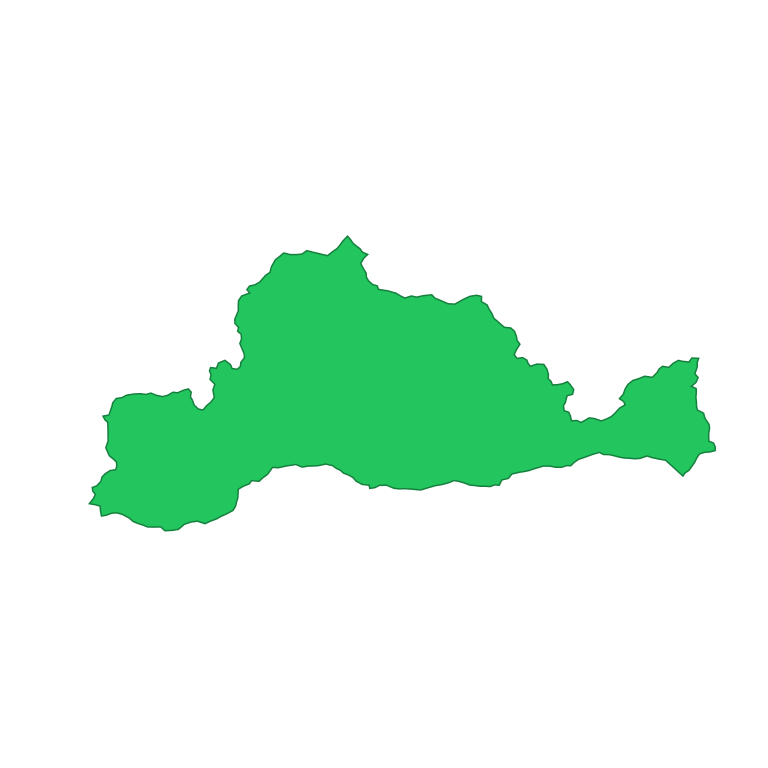 outline of Monte Castelo, Santa Catarina, Brazil, rotated 78°
{"feature_id": "56859067B21045936175667", "entity_name": "Monte Castelo", "entity_type": "district", "adm_level": 2, "iso_a3": "BRA", "parent_name": "Brazil", "parent_adm1": "Santa Catarina", "projection": "equal_earth", "projection_center": [-50.286, -26.651], "detail": "fine", "context": "isolated", "style": "filled", "palette": "green", "viewbox_px": 768, "rotation_deg": 78, "n_neighbors": 0, "source": "geoboundaries", "source_scale": "gbopen_adm2", "svg_char_len": 4359}
<svg xmlns="http://www.w3.org/2000/svg" viewBox="0 0 768 768"><g transform="rotate(78 384 384)"><path d="M263.2,498.5L267.1,496.4L268.3,504.8L272.0,508.9L276.4,510.1L282.2,511.3L289.5,516.4L293.8,517.2L298.5,514.5L302.0,516.2L305.6,513.4L310.3,514.0L314.4,516.6L322.1,515.1L325.5,514.5L329.2,515.0L333.1,519.5L337.0,520.9L339.1,524.4L337.3,529.4L333.1,530.1L327.8,534.7L329.1,541.6L333.8,544.6L331.9,550.2L334.9,552.0L338.9,551.2L343.4,553.2L349.0,549.5L354.3,552.6L362.0,552.8L365.8,557.3L368.4,562.1L371.8,566.5L369.9,570.8L365.3,574.0L359.8,574.8L356.3,576.0L351.9,574.3L348.1,576.4L348.5,582.0L349.7,587.7L348.2,592.0L350.1,598.1L350.3,603.1L347.9,608.7L344.4,614.0L344.8,618.9L342.9,624.1L341.8,630.7L341.4,638.1L342.9,643.2L342.5,648.9L346.0,653.2L349.7,655.0L357.2,659.5L357.0,665.5L360.8,664.5L364.1,662.2L367.7,662.8L372.9,663.8L382.4,665.7L388.6,669.4L392.7,668.5L397.1,667.6L401.3,664.2L404.8,661.9L408.9,662.5L412.1,664.3L411.7,669.9L414.0,675.8L416.5,679.2L420.5,681.3L423.9,686.2L424.6,690.9L428.4,691.1L431.9,689.3L435.5,691.9L439.8,697.1L442.1,691.4L444.4,687.1L449.5,687.7L454.4,687.8L454.6,683.3L453.8,677.0L454.4,672.3L457.1,667.1L462.0,661.2L466.4,657.9L469.3,653.6L472.1,648.7L474.7,644.9L476.1,638.8L477.4,632.1L482.0,628.8L483.2,621.1L483.4,615.2L479.7,608.4L478.9,601.3L479.4,595.0L483.4,588.2L482.0,581.9L481.1,575.5L479.7,571.5L478.3,565.0L476.3,558.0L472.8,554.7L468.4,552.6L465.1,550.7L461.0,549.6L456.6,548.4L454.8,542.9L453.6,536.5L451.0,533.5L453.2,526.4L450.7,522.3L448.1,516.6L445.2,513.4L442.4,510.4L443.9,505.1L443.9,496.2L444.4,486.9L448.3,481.3L448.5,475.4L449.4,470.6L450.2,465.2L450.2,457.6L453.2,451.2L456.4,448.4L459.6,444.4L462.7,442.2L465.6,437.7L468.7,434.1L473.3,431.4L477.7,426.2L479.9,419.6L483.2,419.6L483.5,414.4L482.2,409.7L483.5,402.6L488.1,395.9L489.8,390.8L490.7,385.4L492.8,378.0L494.2,373.8L495.3,369.5L494.6,361.9L494.1,355.1L494.4,348.2L494.1,342.1L493.0,335.4L495.0,330.7L497.5,326.0L500.6,321.3L502.2,316.3L504.0,311.3L505.0,306.4L506.4,301.6L505.7,296.5L507.0,292.3L502.3,288.7L502.2,282.0L498.6,277.6L498.5,269.5L498.8,264.3L498.8,260.0L498.2,255.5L497.4,245.2L498.9,238.6L501.1,233.4L502.4,227.5L501.8,222.5L502.8,218.2L500.4,214.7L498.2,209.5L497.5,203.6L496.2,194.3L495.7,187.4L498.5,184.1L500.1,177.9L502.4,173.1L504.4,169.1L506.3,164.5L507.5,159.9L509.3,154.2L510.0,148.9L509.1,141.6L511.6,137.4L514.6,130.7L517.1,124.4L536.2,110.7L533.5,108.0L532.0,103.8L528.8,100.2L525.3,96.5L521.0,93.1L518.0,90.0L517.5,84.6L518.2,79.4L518.0,73.9L514.5,73.1L510.2,74.0L507.6,78.0L503.4,77.5L498.8,76.3L495.0,74.7L491.1,74.5L487.7,75.8L484.0,77.2L479.0,77.5L474.5,82.9L470.4,82.9L466.9,82.2L461.9,81.7L457.6,80.4L453.4,79.6L450.2,83.9L447.3,78.5L442.9,75.4L438.6,77.8L435.4,75.8L432.3,74.0L428.0,73.1L424.3,70.9L422.6,77.5L425.9,81.1L423.9,87.3L422.1,91.2L423.9,96.9L427.0,102.1L424.6,107.8L426.6,111.8L429.6,114.5L433.3,120.1L430.6,127.4L431.7,133.6L432.3,140.0L435.1,145.4L438.7,148.9L443.9,152.2L447.3,156.8L451.0,153.2L454.5,152.5L456.6,158.6L460.5,164.0L463.1,168.4L464.4,173.2L465.3,179.0L461.6,185.3L459.8,190.4L461.2,194.5L462.6,199.3L459.8,202.9L459.0,208.3L453.8,208.3L450.0,209.2L447.6,213.3L442.5,213.0L439.8,210.4L436.8,209.0L433.5,207.3L433.3,201.7L428.9,199.6L423.0,202.2L419.9,204.0L420.9,209.3L420.7,214.9L419.9,219.4L416.1,220.1L412.9,222.3L408.8,221.2L403.5,221.5L398.1,223.6L396.3,230.3L397.1,237.2L393.7,238.8L390.3,239.3L387.0,243.0L386.7,248.5L382.4,250.6L377.6,247.0L373.4,242.8L369.0,244.7L364.7,244.6L359.6,245.4L355.5,248.4L353.6,254.4L350.6,256.8L347.0,259.4L342.5,262.9L337.2,263.9L332.5,265.7L328.1,266.7L323.7,271.6L318.6,270.4L316.5,274.9L316.1,281.8L317.7,288.8L319.3,293.8L320.6,298.1L318.8,304.7L314.0,311.4L310.7,316.3L306.7,318.7L305.8,326.7L305.8,334.1L303.6,338.9L304.3,345.7L301.1,349.8L297.8,353.2L295.8,357.0L293.7,360.8L291.9,365.5L290.3,369.7L286.6,370.2L284.3,374.5L279.8,377.7L275.8,379.0L271.8,378.4L266.3,380.4L261.2,381.6L256.6,377.5L253.9,373.0L250.6,377.7L246.6,379.4L243.7,382.0L239.8,385.1L235.8,386.7L231.8,388.9L235.8,394.8L238.9,398.1L241.8,401.8L243.9,406.8L246.7,412.5L244.5,417.4L242.7,421.0L240.5,425.8L237.5,431.8L239.9,437.3L239.1,443.4L237.9,448.9L235.0,454.8L237.5,459.5L240.0,464.5L245.9,469.7L251.2,472.4L252.9,476.9L256.3,481.5L258.6,484.6L260.2,489.9L260.2,495.2L263.2,498.5Z" fill="#22c55e" stroke="#15803d" stroke-width="1.5"/></g></svg>